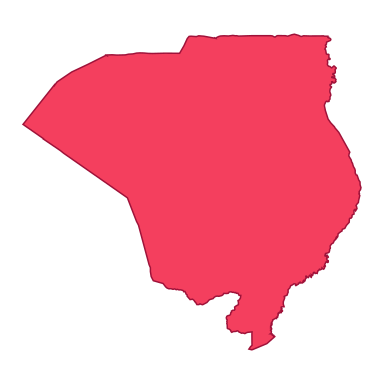 the district of Mwanga, Kilimanjaro, United Republic of Tanzania, rotated 180°
{"feature_id": "72390352B15719315121224", "entity_name": "Mwanga", "entity_type": "district", "adm_level": 2, "iso_a3": "TZA", "parent_name": "United Republic of Tanzania", "parent_adm1": "Kilimanjaro", "projection": "albers", "projection_center": [37.536, -3.684], "detail": "fine", "context": "isolated", "style": "filled", "palette": "rose", "viewbox_px": 384, "rotation_deg": 180, "n_neighbors": 0, "source": "geoboundaries", "source_scale": "gbopen_adm2", "svg_char_len": 5693}
<svg xmlns="http://www.w3.org/2000/svg" viewBox="0 0 384 384"><g transform="rotate(180 192 192)"><path d="M58.5,130.5L56.1,131.1L54.9,131.8L54.4,133.3L54.4,134.7L53.8,135.4L53.6,136.1L53.9,137.0L53.8,138.2L52.4,140.1L50.8,141.0L49.5,143.8L48.7,144.1L47.1,146.2L48.1,145.9L47.7,146.9L46.1,148.2L45.9,150.2L43.3,152.3L42.1,152.9L41.7,154.7L39.2,155.6L37.6,158.6L34.8,161.7L34.6,165.0L34.0,165.8L33.0,165.8L32.0,167.0L32.0,168.7L31.4,169.3L30.0,169.9L30.0,173.8L29.0,174.6L28.4,173.2L27.0,175.4L27.4,177.3L28.0,178.3L27.2,179.7L25.6,181.5L25.4,183.4L24.2,188.5L25.0,190.1L24.6,190.4L24.8,190.7L24.8,192.5L23.4,194.5L23.4,195.2L23.0,196.2L23.9,199.2L24.0,202.1L25.2,203.9L26.9,208.8L27.8,209.0L28.8,211.0L28.8,213.6L29.3,215.3L30.3,216.9L31.0,218.7L31.5,220.7L32.3,222.0L32.9,224.2L34.9,227.5L35.2,228.4L34.9,230.2L34.2,231.8L45.2,251.6L49.0,256.1L49.5,257.1L53.4,261.3L55.9,264.9L58.6,273.4L59.6,278.2L59.4,279.7L58.1,282.3L57.6,282.7L57.1,282.8L56.4,282.3L55.0,282.6L55.0,283.6L54.0,284.9L54.0,287.2L53.2,288.6L53.3,289.8L54.2,292.1L54.1,293.9L53.7,295.4L52.6,296.6L52.5,297.1L53.9,298.3L54.0,299.2L53.8,299.6L53.0,299.6L52.3,300.3L52.2,301.2L52.3,302.2L51.4,302.3L50.6,301.1L49.7,301.0L48.8,301.6L48.2,302.3L48.6,302.5L48.5,302.9L48.0,304.4L48.5,305.1L49.6,305.8L52.2,306.5L52.2,307.0L51.8,307.2L51.1,307.2L49.8,306.5L49.3,306.5L49.3,308.0L50.0,308.9L50.8,309.2L51.2,309.6L51.1,310.2L50.9,310.5L49.5,310.5L48.8,311.2L48.7,312.5L48.9,314.3L48.7,314.7L47.9,315.5L47.8,316.0L49.7,317.9L50.2,318.0L52.2,316.2L52.6,316.2L54.2,317.6L55.3,317.7L56.3,318.7L56.6,319.5L56.3,321.7L56.6,323.4L56.4,324.0L55.8,324.6L54.3,324.5L54.0,324.7L54.0,325.5L55.1,326.1L55.1,329.4L55.5,329.7L57.0,329.7L57.7,330.2L58.4,334.1L59.1,334.9L58.3,336.9L57.7,337.1L57.9,337.9L58.6,338.6L58.4,339.2L57.6,339.8L57.4,341.9L53.7,343.5L53.3,344.1L53.2,344.8L53.9,345.6L55.1,346.0L55.3,346.7L56.1,346.6L56.1,347.8L59.6,347.8L60.3,348.1L74.4,348.0L80.6,348.2L82.1,347.6L83.2,347.6L85.4,348.6L89.6,349.8L92.0,349.3L96.3,347.8L98.6,348.3L105.6,348.4L106.9,348.3L108.9,347.0L109.7,347.1L111.7,348.1L113.4,348.3L132.3,348.3L145.5,347.9L147.4,348.3L148.5,348.2L151.1,348.6L155.6,348.0L159.8,348.2L163.5,348.0L165.0,347.6L167.0,346.7L168.1,345.8L168.4,345.9L168.2,345.6L180.2,347.8L185.3,348.2L187.6,347.4L193.0,347.8L194.9,347.6L196.7,345.5L200.0,338.3L204.4,330.7L219.0,330.8L231.5,330.5L235.6,330.6L240.2,331.0L244.0,331.1L247.5,330.9L251.1,330.1L255.6,329.8L258.7,329.1L267.0,328.9L271.9,329.2L277.9,329.0L277.5,328.5L278.0,328.7L296.2,319.6L312.3,312.0L326.9,302.1L329.5,298.6L329.6,299.1L361.0,259.6L340.5,245.3L340.7,245.0L323.6,233.4L320.4,230.8L256.6,186.2L247.5,162.7L245.5,158.8L234.9,119.3L233.6,116.3L233.6,112.4L232.8,107.4L230.7,103.3L220.9,100.5L218.4,97.2L216.9,95.9L215.1,95.2L213.1,95.3L211.0,94.7L209.3,95.1L207.8,94.3L206.8,94.7L205.0,94.1L203.4,94.2L201.0,93.5L200.1,92.2L199.2,92.6L198.4,91.4L198.0,90.0L196.8,89.0L196.9,87.9L193.9,84.4L191.4,84.8L189.7,83.4L189.3,82.3L188.6,82.0L187.1,79.4L185.1,79.4L184.0,80.2L182.8,79.6L181.3,79.3L177.1,81.5L174.6,84.3L170.9,85.4L169.9,86.6L168.4,87.6L166.9,87.9L165.1,87.7L162.3,88.4L161.1,89.2L160.2,90.6L157.6,90.5L155.8,90.7L154.7,92.0L152.8,92.2L151.8,91.7L150.3,91.7L149.5,91.3L148.3,91.5L148.1,91.0L147.5,90.7L146.0,90.7L144.9,88.6L143.2,88.6L143.6,85.9L144.8,84.1L146.0,83.4L145.6,81.6L145.6,79.4L148.5,77.7L149.4,76.9L149.1,74.6L149.6,73.8L151.1,73.8L152.6,72.9L152.5,72.0L153.3,71.1L153.5,69.6L154.4,68.7L156.0,68.4L157.2,67.7L157.7,66.4L157.5,65.0L156.8,64.1L157.2,62.3L156.9,61.5L157.2,60.3L156.8,59.4L156.7,55.8L156.2,55.3L155.1,55.0L154.2,54.4L153.3,53.6L153.0,52.4L152.2,51.7L150.8,52.4L148.0,52.6L147.0,53.1L146.2,53.1L144.9,51.9L143.5,51.4L143.0,51.0L142.5,50.8L141.1,51.0L139.1,50.4L137.3,51.4L136.1,51.7L132.0,52.1L132.1,49.5L132.0,38.6L133.4,37.4L135.1,34.9L132.3,34.2L131.4,34.4L117.1,40.4L109.2,47.4L109.6,47.9L110.4,47.8L110.4,48.8L110.5,48.9L111.4,48.7L111.8,48.9L111.8,50.0L113.6,50.2L112.8,50.7L112.6,52.9L113.3,53.4L113.5,53.8L112.5,54.5L112.7,55.3L112.4,55.5L112.7,56.2L113.4,56.3L113.1,56.9L113.4,57.7L113.1,57.9L113.1,58.4L112.5,58.4L112.0,59.5L112.0,59.9L112.4,59.5L112.7,59.5L112.4,60.1L112.8,60.8L111.2,63.4L111.3,64.1L108.4,65.7L107.6,65.5L107.6,66.1L107.0,66.4L107.0,66.8L106.5,66.8L106.6,67.5L105.9,68.2L106.0,69.1L105.6,70.0L106.0,70.1L105.9,70.7L105.3,70.9L105.2,71.3L104.5,71.1L104.1,71.9L103.9,71.5L103.4,71.9L103.0,71.3L102.7,71.4L102.7,71.9L102.5,72.0L102.4,72.4L102.0,72.8L101.6,72.8L101.5,73.2L102.0,73.7L102.4,73.4L103.1,73.8L102.0,75.1L102.6,75.5L102.6,76.0L102.9,76.2L102.6,77.1L99.9,77.3L100.7,79.8L100.7,81.4L100.7,82.2L99.3,86.1L99.4,86.7L99.8,87.0L99.8,87.6L97.0,88.8L96.7,89.3L96.5,90.4L95.9,91.5L95.9,94.3L94.2,96.1L93.3,98.4L92.3,98.7L89.9,100.3L88.3,99.9L88.5,98.8L88.1,98.4L85.5,100.0L85.4,100.2L85.5,100.8L84.8,100.9L84.0,101.8L83.7,101.0L82.9,101.0L82.2,101.2L81.5,101.1L81.4,101.8L81.0,102.0L80.6,101.9L80.8,102.8L80.6,103.4L80.1,103.8L79.7,103.6L79.4,102.8L79.2,102.9L78.7,104.2L78.5,105.3L77.7,106.0L78.2,107.3L77.9,107.9L75.9,106.4L75.6,106.4L74.5,108.6L73.4,108.0L73.3,107.1L72.7,106.7L72.3,107.8L72.7,109.4L71.8,108.9L71.3,108.8L70.8,110.5L70.5,110.7L70.7,111.1L70.3,111.6L69.9,111.7L69.3,111.5L68.8,110.5L67.3,110.8L66.8,110.6L66.2,113.0L65.8,113.4L65.4,113.4L64.6,114.8L64.0,114.6L63.8,114.2L63.4,114.3L62.1,115.0L62.0,116.1L60.6,114.8L59.9,115.2L59.4,116.3L60.0,117.6L59.7,117.9L59.0,117.4L58.6,117.9L58.9,118.6L59.3,118.9L59.3,119.4L57.9,122.2L57.3,122.6L56.9,121.7L56.3,121.5L55.9,121.7L55.7,122.4L55.8,123.4L56.6,123.6L57.4,125.1L57.1,125.7L55.7,126.8L55.8,127.3L56.8,128.7L57.5,127.6L57.9,128.8L58.3,128.7L58.6,128.0L59.1,128.2L58.5,130.5Z" fill="#f43f5e" stroke="#9f1239" stroke-width="1.5"/></g></svg>